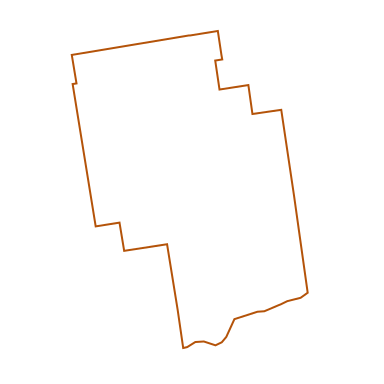 Morrow, Oregon, United States of America (orthographic projection), rotated 171°
{"feature_id": "52423323B45995509700090", "entity_name": "Morrow", "entity_type": "district", "adm_level": 2, "iso_a3": "USA", "parent_name": "United States of America", "parent_adm1": "Oregon", "projection": "orthographic", "projection_center": [-119.627, 45.46], "detail": "fine", "context": "isolated", "style": "outline", "palette": "amber", "viewbox_px": 384, "rotation_deg": 171, "n_neighbors": 0, "source": "geoboundaries", "source_scale": "gbopen_adm2", "svg_char_len": 567}
<svg xmlns="http://www.w3.org/2000/svg" viewBox="0 0 384 384"><g transform="rotate(171 192 192)"><path d="M289.3,346.2L289.1,317.3L293.0,317.3L292.5,173.1L268.4,173.1L268.2,144.5L224.8,144.3L224.6,77.8L225.1,39.3L220.9,39.6L212.2,43.3L203.7,42.5L192.8,36.9L186.1,38.9L180.8,43.5L170.0,59.8L146.1,63.5L139.2,62.9L124.0,66.7L122.1,67.1L114.9,69.3L101.3,70.5L93.5,74.4L91.8,172.7L91.0,259.2L120.1,259.6L119.6,288.8L148.8,288.9L148.5,318.2L141.4,318.2L141.5,322.7L141.3,347.0L169.3,346.9L170.5,347.1L289.3,346.2Z" fill="none" stroke="#b45309" stroke-width="2"/></g></svg>